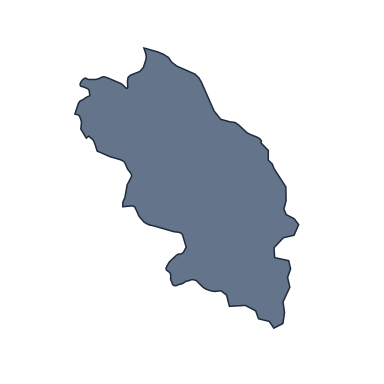 the border of Gasa, rotated 77°
{"feature_id": "BTN-2437", "entity_name": "Gasa", "entity_type": "District", "adm_level": 1, "iso_a3": "BTN", "parent_name": "Bhutan", "parent_adm1": "", "projection": "robinson", "projection_center": [89.927, 28.037], "detail": "fine", "context": "isolated", "style": "filled", "palette": "slate", "viewbox_px": 384, "rotation_deg": 77, "n_neighbors": 0, "source": "natural_earth", "source_scale": "10m", "svg_char_len": 2290}
<svg xmlns="http://www.w3.org/2000/svg" viewBox="0 0 384 384"><g transform="rotate(77 192 192)"><path d="M40.9,206.5L41.8,204.7L47.9,193.7L51.5,188.7L55.8,184.6L60.9,182.6L65.9,178.5L77.8,162.6L82.4,159.6L87.2,158.1L117.9,152.3L127.6,147.7L132.2,139.1L134.0,134.3L137.9,130.9L146.5,125.2L148.8,122.6L152.8,116.8L155.0,114.2L157.8,112.8L159.7,113.7L168.7,108.3L178.0,110.5L182.8,107.5L187.7,106.8L208.2,99.4L221.7,102.3L229.3,106.3L235.2,105.3L241.1,98.4L247.8,95.4L257.1,102.3L257.1,113.2L264.7,124.6L274.5,126.2L280.7,113.2L289.1,113.2L296.7,118.1L306.8,118.1L319.5,128.0L330.4,129.0L340.6,133.0L343.1,142.9L335.5,145.8L330.5,155.7L322.1,156.7L314.5,165.6L311.8,181.3L300.2,181.5L298.6,182.9L294.7,186.0L294.1,192.1L292.5,196.0L289.7,200.4L287.3,202.7L279.3,207.7L277.7,210.5L277.3,213.0L277.8,214.7L277.6,217.0L277.8,218.4L278.4,219.8L278.9,221.3L279.2,222.6L279.2,225.6L279.6,227.5L279.7,229.1L279.0,230.7L277.6,231.8L274.9,232.1L273.3,232.4L271.8,232.4L268.2,231.4L266.5,231.5L265.1,232.1L263.5,233.5L262.3,234.4L260.7,234.6L258.5,233.1L255.0,229.8L250.0,221.2L249.5,219.4L249.5,218.6L249.7,217.8L249.9,217.0L249.6,215.6L248.8,213.9L244.5,210.1L240.3,210.3L231.9,210.9L230.7,211.2L229.5,212.1L228.4,213.7L226.5,218.8L215.7,238.3L214.8,240.5L213.1,242.8L210.8,245.3L205.6,248.2L202.8,249.3L197.6,250.2L196.3,250.6L195.1,250.9L194.0,250.9L192.9,252.1L192.1,253.1L190.8,262.8L186.5,261.7L185.4,261.0L182.5,258.7L170.5,253.6L164.3,248.3L162.9,247.3L161.5,247.1L159.7,247.5L156.6,249.0L154.8,249.7L153.1,250.0L151.8,250.2L148.4,250.9L147.1,251.4L145.6,252.9L144.1,255.1L139.2,263.9L130.8,275.2L123.5,275.8L119.3,276.5L114.4,280.0L115.7,282.9L105.6,286.2L100.8,284.5L98.8,284.0L97.1,284.0L94.2,284.3L92.5,284.7L91.5,285.2L89.7,288.6L80.2,282.8L79.2,281.9L78.1,280.5L77.7,278.2L75.9,273.4L75.2,269.8L69.6,269.4L67.9,270.4L67.2,271.4L65.6,273.6L63.8,276.7L62.9,276.9L62.0,276.9L61.2,276.4L60.4,276.0L59.7,275.4L59.1,274.7L58.5,274.0L57.9,273.1L57.5,272.3L56.9,270.3L59.0,267.8L60.5,261.4L60.7,259.0L60.5,257.0L60.1,255.3L59.7,253.0L60.2,251.3L61.5,249.0L70.3,236.9L71.6,235.7L73.0,234.7L74.3,234.0L76.1,232.7L76.3,231.8L75.6,231.1L69.3,229.9L65.9,228.5L64.3,225.7L62.8,215.6L59.6,211.3L52.6,207.1L50.5,206.3L46.9,205.9L40.9,206.5Z" fill="#64748b" stroke="#1e293b" stroke-width="1.5"/></g></svg>